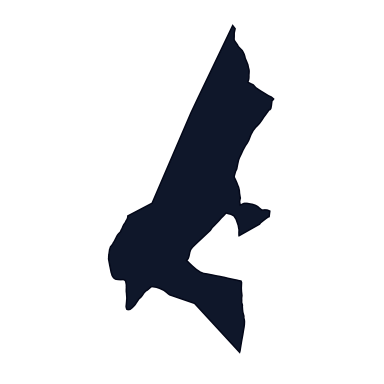 outline of Jacmel, Anse-la-Raye, Saint Lucia, rotated 266°
{"feature_id": "8701671B80977223747238", "entity_name": "Jacmel", "entity_type": "district", "adm_level": 2, "iso_a3": "LCA", "parent_name": "Saint Lucia", "parent_adm1": "Anse-la-Raye", "projection": "albers", "projection_center": [-61.014, 13.948], "detail": "fine", "context": "isolated", "style": "filled", "palette": "ink", "viewbox_px": 384, "rotation_deg": 266, "n_neighbors": 0, "source": "geoboundaries", "source_scale": "gbopen_adm2", "svg_char_len": 4189}
<svg xmlns="http://www.w3.org/2000/svg" viewBox="0 0 384 384"><g transform="rotate(266 192 192)"><path d="M79.6,118.8L79.3,119.4L79.1,120.2L79.1,120.6L79.2,121.1L79.2,121.7L79.3,122.1L79.7,122.7L80.8,124.3L83.1,126.9L84.4,128.0L85.3,128.6L86.0,129.2L89.1,131.6L90.5,133.5L92.2,135.1L94.7,137.0L96.5,139.0L97.3,140.6L98.4,142.1L100.2,144.5L100.4,145.3L100.4,145.7L99.5,149.8L98.2,152.9L95.9,157.1L93.6,159.7L92.2,161.1L91.0,162.5L80.7,186.8L28.8,228.3L30.1,228.8L34.0,229.7L40.3,231.2L46.1,232.7L50.0,233.6L53.6,234.5L56.2,235.0L58.9,235.3L60.0,235.3L61.2,235.2L62.8,234.9L64.6,235.1L67.5,234.5L68.7,234.3L71.1,234.2L74.4,234.2L75.6,234.4L77.1,234.1L78.4,233.8L80.1,234.0L82.7,234.1L85.2,234.6L89.4,234.4L92.8,234.5L96.4,234.9L98.2,235.1L99.7,234.7L99.9,234.1L100.6,231.6L100.7,231.4L101.2,229.8L101.3,229.3L103.4,221.9L104.6,218.3L105.3,215.7L105.9,213.6L106.5,211.1L107.0,209.2L107.8,206.5L108.1,205.3L109.2,201.3L110.0,197.6L110.3,197.1L110.9,195.9L111.5,194.6L111.7,194.4L114.5,190.8L118.1,187.2L121.6,184.0L124.3,181.7L124.7,182.3L125.1,182.9L125.7,183.3L125.9,183.5L127.4,184.2L128.6,184.6L130.0,185.0L132.5,185.7L133.1,186.0L134.5,186.6L135.2,187.1L135.7,187.6L136.6,188.3L137.5,189.3L138.0,189.9L139.7,191.9L141.7,194.3L143.6,196.7L151.6,206.5L152.5,207.6L155.1,209.6L157.4,212.3L157.9,212.8L159.5,214.6L161.5,216.8L164.3,219.6L165.1,220.6L166.3,222.0L168.7,224.5L167.5,227.7L167.4,228.5L166.4,230.4L165.8,231.3L165.2,232.2L164.1,232.8L163.2,233.3L161.3,234.3L161.0,234.3L160.3,234.5L155.5,235.8L152.3,236.1L151.0,236.3L150.2,236.2L148.4,236.0L146.8,235.9L145.6,235.8L145.1,235.9L155.2,257.1L156.5,258.2L158.3,260.8L160.5,264.1L161.7,266.1L162.0,267.2L167.5,268.3L168.1,267.2L168.8,265.6L169.1,263.3L169.0,261.4L169.3,260.2L171.6,257.7L172.7,256.7L173.5,255.6L174.4,254.1L175.5,251.4L176.1,248.9L176.8,246.2L177.0,243.4L176.8,242.4L176.0,240.6L175.5,239.2L179.1,238.8L181.1,239.3L182.2,239.7L182.6,239.8L184.1,239.6L187.5,239.3L190.3,239.3L193.5,238.8L195.5,238.1L197.9,237.4L200.7,236.4L202.7,235.6L203.9,235.1L205.4,235.4L209.6,236.9L211.8,238.2L216.3,239.4L220.7,240.7L222.9,241.7L226.9,244.0L230.1,245.7L234.5,248.5L237.0,250.5L239.7,252.2L245.2,254.8L249.1,257.3L252.1,260.0L253.6,261.8L256.0,264.3L259.0,266.8L261.7,268.8L264.2,271.0L264.6,271.3L265.1,271.7L266.4,272.8L266.9,273.3L268.2,274.1L268.7,275.4L269.6,276.3L270.3,276.6L273.1,277.3L275.8,277.8L277.5,278.2L278.5,279.5L279.1,279.9L280.2,278.8L280.6,278.4L280.8,278.1L281.1,277.9L282.7,275.0L282.9,274.7L283.4,274.0L286.0,270.4L287.9,267.7L289.5,265.6L291.6,262.9L294.2,260.9L294.5,260.7L295.0,259.9L295.8,258.4L297.1,256.2L297.6,255.5L298.2,255.5L299.8,256.2L301.3,256.6L302.8,256.8L304.6,256.9L306.6,257.2L308.5,257.4L309.8,257.4L312.5,256.9L315.0,256.6L317.9,255.7L321.7,254.4L323.7,254.1L325.8,253.6L328.0,252.7L329.5,252.0L332.2,249.7L333.9,248.3L335.6,247.6L337.9,246.2L339.7,245.1L341.2,244.6L343.0,244.8L343.8,244.9L344.9,245.0L347.7,245.2L351.9,246.4L352.5,246.0L355.2,244.2L285.7,204.7L270.9,196.4L183.6,151.4L172.6,126.3L171.6,126.2L171.3,126.2L170.4,125.8L169.2,125.3L168.2,124.5L167.6,124.1L166.1,123.3L165.8,123.0L164.7,122.1L164.2,121.7L163.0,121.0L162.7,120.8L160.4,119.7L159.4,119.0L158.9,118.7L157.0,117.7L156.3,116.8L155.5,115.9L155.1,115.5L154.2,114.7L152.9,113.8L151.8,113.2L151.0,112.7L148.1,111.0L146.7,109.9L145.7,109.4L145.5,109.2L145.1,108.9L143.7,107.6L143.0,106.9L142.5,106.7L141.4,106.3L140.8,106.0L140.4,105.8L136.1,104.9L135.6,104.7L135.4,104.7L134.0,104.5L133.5,104.4L132.3,104.3L131.5,104.2L131.2,104.1L130.2,104.2L129.3,104.3L125.8,104.7L124.6,104.8L124.0,104.9L122.7,105.1L118.7,105.6L117.8,105.7L115.8,106.2L114.3,106.5L113.5,106.9L112.9,107.2L112.3,107.6L111.8,107.9L110.8,109.1L110.4,109.7L110.2,110.5L109.9,112.0L109.5,114.7L109.5,115.7L109.5,116.9L109.4,117.3L109.2,118.2L108.7,118.8L108.0,119.5L107.6,119.5L106.9,119.7L106.6,119.7L106.3,119.8L105.1,119.9L104.6,120.0L104.2,120.0L103.3,120.0L102.3,119.9L101.5,119.9L98.8,119.6L96.8,119.5L96.2,119.6L95.0,119.6L94.6,119.6L93.0,119.6L90.8,119.6L90.0,119.5L88.7,119.3L87.9,119.2L86.6,119.0L84.1,118.6L82.6,118.3L82.2,118.3L81.2,118.4L80.3,118.6L79.8,118.8L79.6,118.8Z" fill="#0f172a" stroke="#020617" stroke-width="1.5"/></g></svg>